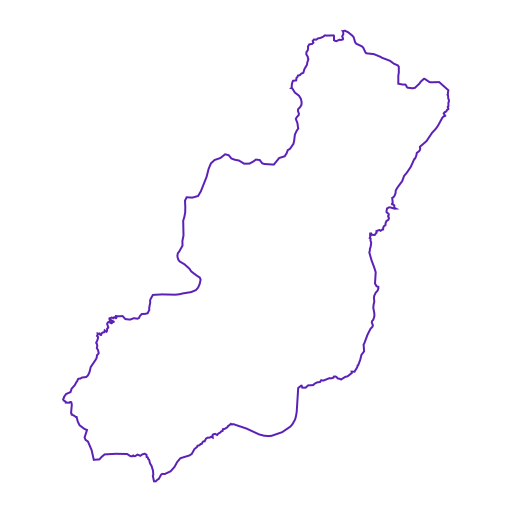 Namor, Oudômxai, Laos
{"feature_id": "54806243B14770946613819", "entity_name": "Namor", "entity_type": "district", "adm_level": 2, "iso_a3": "LAO", "parent_name": "Laos", "parent_adm1": "Oudômxai", "projection": "robinson", "projection_center": [101.708, 20.926], "detail": "fine", "context": "isolated", "style": "outline", "palette": "violet", "viewbox_px": 512, "rotation_deg": 0, "n_neighbors": 0, "source": "geoboundaries", "source_scale": "gbopen_adm2", "svg_char_len": 5971}
<svg xmlns="http://www.w3.org/2000/svg" viewBox="0 0 512 512"><path d="M342.8,31.1L343.2,31.5L343.3,34.2L342.2,36.4L343.0,38.3L342.9,39.4L340.8,40.0L339.5,39.7L336.3,41.2L334.7,40.7L334.0,40.2L334.0,35.9L333.6,35.4L326.2,35.6L325.0,35.3L323.0,36.8L320.8,37.8L317.8,38.5L316.2,39.7L313.9,39.5L312.7,41.0L313.4,42.7L312.2,43.9L309.2,44.4L308.0,46.5L308.1,48.5L307.6,50.6L306.5,51.9L306.3,53.6L306.4,54.5L307.8,56.8L307.9,58.4L308.4,59.1L307.4,62.1L306.9,64.9L304.5,68.9L303.3,72.8L301.2,73.7L299.8,75.2L298.0,75.5L297.4,77.0L296.5,77.8L296.2,80.4L293.0,80.8L292.1,83.1L291.7,85.8L291.8,87.7L291.3,88.1L292.2,88.3L294.9,92.6L299.0,95.7L300.9,98.9L301.6,102.1L301.5,104.7L300.0,107.3L298.1,109.2L297.9,110.9L298.9,113.6L298.7,115.1L296.9,117.0L295.8,118.9L297.4,123.0L298.2,128.6L296.6,130.9L294.9,134.6L294.1,141.0L293.4,143.9L290.0,148.8L287.8,150.1L286.7,153.1L284.7,156.3L279.2,158.0L273.8,164.6L264.4,164.0L262.2,163.3L259.7,160.0L255.9,159.6L253.5,161.4L249.5,163.6L244.2,163.7L238.9,160.5L235.0,159.8L231.4,158.5L228.7,155.2L225.1,154.3L220.4,158.0L214.6,160.0L210.9,163.4L208.6,168.9L206.6,176.8L200.9,191.2L198.1,196.0L192.4,197.6L186.6,197.3L185.0,200.7L185.3,207.2L185.2,212.4L184.3,217.1L183.2,220.7L183.5,235.5L182.4,241.0L182.5,245.7L179.1,251.7L177.9,253.1L177.4,255.7L177.6,257.4L178.4,259.8L179.6,261.4L184.5,264.3L189.4,268.7L191.2,271.4L196.3,275.3L199.8,277.6L200.6,279.7L199.7,283.9L198.1,287.6L195.9,290.1L191.1,292.1L182.9,293.4L179.8,294.2L175.6,294.7L162.0,294.4L152.9,294.9L150.7,298.8L150.1,300.4L150.2,302.7L149.2,307.8L149.3,309.9L147.6,313.3L144.9,313.9L141.8,314.0L139.8,316.1L139.1,317.9L137.5,318.7L133.8,318.2L130.1,319.6L125.4,319.1L122.6,316.1L117.6,316.3L115.9,316.0L115.6,316.6L116.4,317.7L116.2,318.1L115.9,318.2L114.9,317.2L113.8,317.5L113.5,318.2L111.7,317.5L110.7,318.1L109.8,318.1L109.4,318.4L109.5,319.2L113.7,321.6L113.6,322.0L111.8,322.2L112.0,322.9L111.3,323.3L110.3,322.9L109.6,321.3L107.7,322.6L107.1,324.0L108.3,327.2L108.2,327.8L107.1,328.6L107.1,330.7L106.5,331.7L104.7,330.4L104.3,332.2L102.8,332.5L101.5,333.4L101.2,334.9L100.8,335.0L99.9,334.4L99.4,333.5L98.3,333.8L97.6,333.5L97.7,334.8L97.0,335.9L98.1,337.1L98.1,337.7L97.1,341.0L96.2,342.6L96.4,343.4L96.9,343.9L97.3,345.9L96.8,348.1L98.0,350.0L98.7,353.1L98.3,353.9L97.0,355.2L96.6,358.0L95.6,359.8L90.7,367.1L89.5,372.1L88.3,374.7L87.6,375.8L86.2,377.0L81.8,377.6L80.4,378.6L79.0,378.6L77.9,379.2L77.4,380.8L76.4,382.1L74.8,385.1L71.6,388.7L70.5,392.1L66.1,394.0L64.0,397.0L64.0,397.7L63.1,399.2L63.7,400.5L65.6,401.6L65.7,402.6L69.3,402.7L70.1,402.0L70.9,402.0L71.4,402.6L71.8,404.9L71.1,412.6L71.1,413.2L71.8,414.0L71.7,414.7L74.0,415.6L75.9,417.0L76.6,417.0L77.8,421.7L79.6,425.3L84.4,428.9L87.0,430.0L84.6,437.4L85.5,439.8L88.0,441.6L91.6,450.1L93.8,459.8L99.4,459.4L101.6,456.9L104.6,454.4L115.9,453.8L127.1,454.0L130.3,456.1L132.1,456.3L133.2,455.5L133.8,456.1L135.2,456.1L137.5,454.6L140.3,455.8L142.3,454.4L144.7,453.7L146.5,454.8L146.6,457.0L147.7,457.4L148.3,459.1L149.1,459.7L150.0,463.4L151.5,465.8L153.0,470.7L153.3,474.8L152.8,475.7L154.0,481.3L155.8,481.3L157.4,479.7L158.8,478.9L161.1,474.7L161.6,474.3L162.2,473.9L164.8,474.0L170.6,471.3L174.5,466.9L177.2,462.0L180.4,458.2L189.3,455.5L191.7,454.0L194.5,449.0L197.0,447.0L197.5,445.7L198.9,445.5L200.0,444.8L200.5,444.0L201.7,443.9L202.8,441.8L203.7,441.3L204.6,441.4L206.0,438.6L207.5,437.7L209.7,437.6L211.1,436.7L212.7,437.6L212.6,435.0L213.3,434.3L215.2,433.9L217.1,435.0L218.3,433.6L220.3,432.5L221.3,431.3L222.6,430.9L222.9,429.2L224.9,428.8L227.1,427.4L227.9,426.6L228.2,425.8L229.2,425.4L230.9,423.8L231.9,424.5L233.2,424.1L246.6,428.6L259.1,434.4L264.0,435.7L268.8,436.1L271.6,435.8L282.1,432.2L290.5,426.5L292.7,423.8L295.1,419.4L296.0,416.0L296.7,411.9L298.2,388.0L301.1,385.7L301.6,385.7L302.3,387.7L305.6,387.7L308.1,385.4L313.2,385.1L314.6,383.7L317.1,382.4L320.0,382.0L321.2,380.2L323.3,380.6L329.6,378.1L330.4,378.4L331.9,378.2L333.4,377.7L333.8,376.6L335.6,376.5L336.7,377.2L337.7,378.5L339.5,378.7L341.0,379.5L345.2,376.9L347.6,376.3L351.8,373.0L351.6,371.6L354.5,371.7L357.2,367.3L357.6,365.5L358.2,365.2L360.3,359.6L361.4,354.9L364.1,351.3L363.6,344.5L364.2,343.6L367.6,334.5L369.8,330.2L370.6,328.6L372.0,327.3L372.7,326.3L372.8,325.0L371.8,322.6L372.0,321.2L373.3,319.7L374.4,316.1L374.3,313.1L373.3,308.0L373.5,305.3L374.3,301.4L373.9,297.8L374.3,295.6L375.8,292.6L377.6,290.6L378.4,288.1L378.3,286.8L376.6,286.3L375.0,283.5L375.7,272.2L374.4,268.0L371.5,260.2L369.3,252.4L369.9,250.3L369.9,248.8L370.6,247.0L371.2,242.8L370.5,240.6L370.6,238.6L369.7,238.0L370.5,235.9L370.0,235.1L370.2,233.5L371.1,233.4L371.9,234.8L374.6,235.0L375.2,234.5L375.7,233.4L376.6,232.7L376.4,231.1L379.4,230.0L380.6,230.8L382.0,229.7L383.1,229.5L383.2,227.8L383.8,226.3L385.4,225.2L385.7,222.7L386.5,221.0L388.3,219.9L389.0,218.1L388.0,216.1L388.5,215.7L388.8,214.6L388.5,213.7L386.6,212.3L386.5,211.3L387.0,208.5L388.9,207.4L390.4,207.4L394.4,208.7L395.9,208.6L394.2,207.7L394.3,205.4L393.2,204.4L392.4,204.5L391.9,204.0L392.7,202.5L392.2,197.9L393.7,197.0L394.5,195.8L395.5,193.2L395.8,190.3L397.6,187.3L402.2,181.1L404.1,175.9L406.9,172.6L410.8,166.8L414.3,159.0L415.1,158.6L416.4,155.3L416.8,152.9L418.9,151.4L419.9,150.0L420.2,148.9L419.9,146.8L426.5,141.1L432.0,132.9L435.9,128.7L438.2,125.3L442.4,117.6L443.6,116.4L444.6,116.2L445.2,115.8L443.7,113.4L444.7,112.1L445.5,112.0L446.5,111.1L447.1,109.8L448.3,109.2L448.4,108.5L447.7,107.0L448.4,106.1L448.4,102.6L448.8,102.0L448.9,100.0L448.2,98.3L448.1,95.7L447.5,94.8L448.0,94.0L447.9,92.6L448.4,90.3L439.2,82.1L430.5,82.3L429.2,81.9L424.6,78.8L423.9,78.8L420.7,81.7L419.5,83.5L415.0,87.8L412.6,88.3L407.6,87.7L406.6,86.8L406.2,85.4L405.1,84.5L403.0,84.6L398.3,83.7L398.3,75.7L398.8,72.7L398.8,66.9L398.0,65.5L393.9,63.7L390.0,60.8L382.1,57.8L380.2,56.7L373.8,54.1L366.3,53.3L365.5,52.5L363.2,47.6L361.8,46.3L356.2,43.7L355.1,42.2L353.6,37.1L352.3,35.6L348.2,32.3L344.9,30.7L342.8,31.1Z" fill="none" stroke="#5b21b6" stroke-width="2"/></svg>